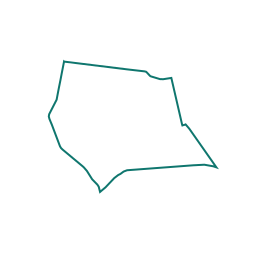 the Province of Dayr Az Zawr, rotated 132°
{"feature_id": "SYR-142", "entity_name": "Dayr Az Zawr", "entity_type": "Province", "adm_level": 1, "iso_a3": "SYR", "parent_name": "Syria", "parent_adm1": "", "projection": "robinson", "projection_center": [40.418, 35.268], "detail": "fine", "context": "isolated", "style": "outline", "palette": "teal", "viewbox_px": 256, "rotation_deg": 132, "n_neighbors": 0, "source": "natural_earth", "source_scale": "10m", "svg_char_len": 793}
<svg xmlns="http://www.w3.org/2000/svg" viewBox="0 0 256 256"><g transform="rotate(132 128 128)"><path d="M194.2,106.0L191.2,110.5L190.6,112.8L190.1,120.3L187.4,129.8L186.8,134.5L186.8,136.3L187.3,148.9L187.8,162.4L187.7,164.4L187.1,166.3L176.2,187.4L176.2,187.5L173.8,192.5L172.4,194.6L170.5,195.8L154.7,200.0L145.3,205.7L138.2,209.9L131.1,214.2L123.9,218.5L121.4,220.0L121.4,219.9L85.3,168.3L74.7,153.4L74.5,152.9L74.1,152.2L74.1,151.4L74.5,146.9L74.5,146.2L74.3,145.5L70.3,137.0L68.2,134.5L61.8,129.3L89.1,90.3L89.7,89.3L89.2,89.0L87.3,87.8L86.8,87.6L86.9,86.8L87.5,82.1L93.9,54.2L98.1,36.0L99.4,39.0L104.2,46.7L112.2,54.7L160.0,100.4L162.1,101.5L163.3,102.1L167.2,102.9L169.5,103.8L174.4,104.7L187.0,105.0L194.2,106.0L194.2,106.0Z" fill="none" stroke="#0f766e" stroke-width="2"/></g></svg>